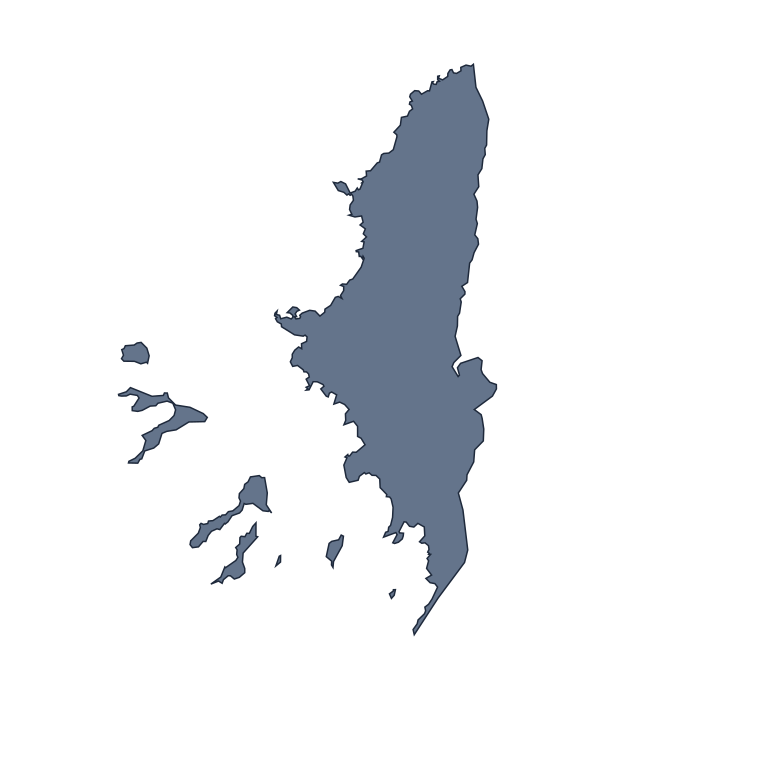 the district of Nioumachioi, Moûhîlî, Comoros, rotated 55°
{"feature_id": "10938185B46959303700006", "entity_name": "Nioumachioi", "entity_type": "district", "adm_level": 2, "iso_a3": "COM", "parent_name": "Comoros", "parent_adm1": "Moûhîlî", "projection": "robinson", "projection_center": [43.69, -12.344], "detail": "fine", "context": "isolated", "style": "filled", "palette": "slate", "viewbox_px": 768, "rotation_deg": 55, "n_neighbors": 0, "source": "geoboundaries", "source_scale": "gbopen_adm2", "svg_char_len": 6177}
<svg xmlns="http://www.w3.org/2000/svg" viewBox="0 0 768 768"><g transform="rotate(55 384 384)"><path d="M510.3,371.5L506.0,368.1L499.3,355.2L489.9,347.5L487.6,335.3L478.1,328.1L468.4,323.3L464.8,322.0L456.7,324.7L456.1,302.1L452.5,294.7L448.9,292.3L443.3,296.3L432.0,297.3L427.9,296.2L421.2,290.3L416.2,291.8L411.0,309.4L412.8,314.5L420.0,317.1L420.4,319.0L408.9,318.3L406.5,314.5L404.7,304.6L385.7,298.4L378.6,290.6L370.8,284.9L369.3,281.5L361.1,273.7L357.9,272.7L356.8,266.2L354.8,264.7L348.6,264.2L348.8,257.4L334.1,244.5L332.8,240.6L328.1,234.9L323.7,226.4L318.8,223.8L313.9,224.1L306.1,215.5L301.8,214.1L293.0,206.0L287.5,202.9L280.1,201.5L276.7,193.2L266.6,187.1L263.7,180.3L256.3,173.8L254.2,169.5L248.8,166.3L247.1,162.9L235.6,154.5L227.2,146.3L208.8,140.9L193.7,138.5L173.4,127.4L173.6,130.4L169.8,133.9L168.7,139.5L171.6,141.3L171.2,146.4L169.0,148.6L165.4,148.0L164.6,149.7L166.2,153.5L168.6,155.4L168.5,161.5L164.8,164.0L163.3,162.0L162.7,163.5L165.5,165.5L167.8,165.0L166.9,167.2L168.5,169.4L167.0,171.2L165.2,171.7L164.6,170.2L164.0,171.4L170.0,178.6L168.8,180.0L168.1,187.1L163.9,187.5L161.3,190.6L161.8,196.1L163.5,198.2L168.5,198.5L167.8,200.9L169.4,202.7L171.4,201.8L175.1,202.8L175.2,206.7L178.0,211.1L175.6,216.8L181.4,222.2L183.4,231.5L187.2,230.6L188.9,231.6L197.4,242.0L197.6,247.6L195.0,252.0L194.9,254.6L199.7,260.4L199.0,262.7L201.6,272.7L199.4,276.5L203.6,279.0L202.9,285.2L200.9,287.9L204.3,284.9L206.4,285.1L206.5,286.9L207.1,286.4L210.6,292.0L210.2,293.6L208.1,293.5L209.5,297.0L208.2,302.2L198.0,300.7L193.4,303.2L193.0,306.6L189.8,309.8L199.3,310.5L204.0,306.9L208.0,306.0L207.9,304.1L210.0,303.5L210.0,301.7L212.2,301.7L216.0,303.7L217.9,309.0L221.3,312.1L226.5,313.0L225.6,315.9L230.5,312.0L233.5,306.0L239.5,308.3L240.0,312.4L246.2,310.3L249.1,314.8L253.5,314.0L254.4,320.5L256.2,318.8L260.7,323.4L258.7,330.3L259.7,330.8L261.3,329.0L265.3,331.1L266.1,329.8L268.9,329.8L267.3,327.9L269.6,328.1L275.2,335.7L280.1,349.4L279.2,352.5L280.9,357.4L278.2,360.7L278.2,363.0L281.0,361.1L284.4,363.5L286.6,368.9L289.8,369.4L286.0,371.3L285.1,374.2L289.0,382.6L288.8,389.4L291.2,391.4L291.6,397.5L284.8,398.6L281.0,402.6L279.0,410.4L279.4,413.6L281.1,413.8L281.9,415.4L280.2,418.8L277.6,418.8L278.7,416.9L275.6,416.5L274.5,413.7L275.0,410.9L271.4,411.7L268.6,414.5L270.0,422.4L271.9,420.3L275.5,419.4L277.1,420.4L277.5,422.7L273.5,425.3L271.3,431.2L267.8,430.1L265.3,432.3L262.9,429.7L263.5,432.7L265.3,434.5L268.1,433.5L268.3,435.4L271.9,435.7L275.9,433.7L278.3,435.1L292.4,429.1L298.5,422.7L298.7,420.6L301.3,420.0L304.7,423.0L303.7,428.5L307.9,431.2L304.7,432.7L305.1,437.7L307.0,442.1L309.9,444.1L312.1,448.0L317.2,448.7L319.2,444.2L326.1,442.0L328.1,442.6L329.7,440.5L332.4,440.0L335.4,441.2L335.4,445.0L342.7,446.0L342.0,449.7L344.2,449.2L344.4,451.2L345.8,448.7L341.5,440.7L343.9,437.4L349.6,434.2L351.4,434.5L351.8,438.6L360.8,438.3L362.6,437.1L360.2,434.0L360.5,431.5L365.7,429.0L371.7,436.6L373.4,430.7L378.2,428.0L384.8,427.2L386.3,432.7L391.8,436.2L394.4,440.2L397.1,430.3L403.5,429.9L411.8,435.7L415.3,433.9L422.9,434.4L424.0,445.9L421.8,448.8L423.2,453.3L422.5,454.6L421.0,454.1L421.4,457.8L423.2,456.7L427.4,463.4L438.9,468.6L444.6,468.9L448.0,460.4L445.5,457.1L445.3,450.9L447.3,450.5L448.2,447.1L451.9,446.2L454.3,443.0L459.4,442.0L466.7,446.6L476.1,445.1L477.6,446.7L479.8,444.2L482.3,444.1L490.2,447.3L498.2,453.5L503.6,459.7L504.0,462.3L507.1,465.2L506.4,467.7L509.2,472.2L512.5,459.5L514.9,459.7L519.1,467.9L520.7,466.8L521.9,462.9L521.4,457.9L519.5,455.4L517.4,453.6L514.9,456.6L513.6,456.4L508.4,446.6L509.9,445.0L515.2,444.7L518.3,441.6L517.6,436.2L524.2,433.0L531.8,437.7L533.6,445.4L536.1,444.4L537.6,441.5L541.9,440.3L545.3,442.0L546.8,444.7L548.7,444.0L549.1,445.1L550.3,443.6L551.6,448.8L554.4,448.9L559.5,454.9L567.8,454.6L567.3,461.2L573.2,460.2L576.7,456.8L581.1,456.6L587.7,468.0L590.0,473.8L590.2,478.5L593.7,480.0L595.4,482.6L596.8,491.4L599.5,494.4L601.8,501.0L606.7,503.0L590.3,462.3L576.4,420.4L568.0,410.6L532.5,391.6L515.9,385.6L510.3,371.5ZM310.0,547.9L304.6,549.0L291.8,556.3L281.7,566.8L271.7,568.5L267.1,566.7L265.4,569.0L266.8,571.3L261.0,581.1L241.5,593.8L242.6,599.5L240.2,607.4L241.4,607.9L243.3,606.0L246.0,601.9L246.7,597.8L251.9,592.6L255.0,592.7L258.7,601.7L258.3,603.4L261.4,605.5L265.2,601.4L266.9,597.2L268.0,588.2L270.9,583.4L270.1,580.2L273.6,571.5L278.6,568.0L285.6,569.5L289.4,574.0L290.7,580.9L288.6,592.2L289.7,594.1L288.5,597.6L289.2,600.8L287.4,611.6L293.7,611.5L300.4,619.9L302.1,630.4L301.0,637.3L302.1,638.6L307.6,631.1L305.7,627.1L306.4,625.4L301.6,618.4L304.4,609.3L303.8,602.9L297.1,594.2L298.2,589.1L302.3,580.6L303.2,565.6L312.0,552.4L310.0,547.9ZM406.3,542.1L392.2,535.5L390.6,537.9L387.5,538.7L383.5,546.7L386.2,551.5L386.3,555.7L389.3,558.8L390.8,565.3L394.1,568.1L397.6,568.7L400.5,572.5L401.2,580.6L399.3,584.7L400.3,588.8L398.5,591.8L399.1,594.3L398.0,594.7L397.8,602.5L395.6,606.4L397.2,608.4L395.5,612.4L393.2,613.8L393.6,615.7L396.3,616.8L399.7,621.7L401.6,632.3L404.3,635.0L408.2,634.8L411.0,629.4L409.2,622.5L410.8,620.3L407.2,614.9L405.7,609.8L406.8,603.9L409.1,602.0L406.7,594.7L407.6,594.4L407.4,590.9L404.7,584.0L406.8,576.3L405.9,572.5L401.7,567.1L403.3,566.2L406.6,559.8L418.4,555.9L422.0,551.9L421.7,550.6L425.2,550.0L415.4,549.7L406.3,542.1ZM435.2,576.2L424.3,568.5L425.4,573.3L429.1,580.0L427.6,582.0L429.3,585.5L426.8,588.3L427.2,590.1L432.3,594.0L432.9,599.3L435.5,599.4L439.2,602.5L442.2,603.1L443.6,606.6L443.6,619.2L442.6,619.3L448.5,628.4L448.6,640.6L450.5,632.6L454.4,630.9L452.2,627.8L451.7,621.6L453.0,619.8L457.9,618.5L459.4,613.4L458.7,606.3L455.3,603.9L448.7,602.1L441.7,596.4L436.7,575.1L435.2,576.2ZM226.2,560.2L218.6,557.7L210.6,559.1L208.8,562.8L208.8,566.3L204.3,573.9L205.9,576.7L205.4,579.1L211.0,580.9L212.7,584.5L216.1,584.0L222.3,575.4L228.0,571.6L229.9,566.1L231.4,565.8L226.2,560.2ZM492.5,511.0L485.4,504.5L483.2,505.7L485.6,510.5L482.9,517.1L483.1,520.4L492.3,530.3L499.1,528.5L502.1,530.8L505.0,531.0L500.5,527.2L492.5,511.0ZM559.0,492.6L557.9,494.3L558.9,495.2L559.0,499.9L563.9,500.9L562.9,496.8L559.0,492.6ZM470.5,570.9L465.2,567.1L465.0,568.6L471.0,576.9L470.5,570.9Z" fill="#64748b" stroke="#1e293b" stroke-width="1.5"/></g></svg>